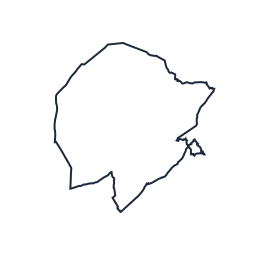 Amanalco, México, Mexico, rotated 216°
{"feature_id": "50627088B28397416808425", "entity_name": "Amanalco", "entity_type": "district", "adm_level": 2, "iso_a3": "MEX", "parent_name": "Mexico", "parent_adm1": "México", "projection": "equal_earth", "projection_center": [-100.016, 19.256], "detail": "fine", "context": "isolated", "style": "outline", "palette": "slate", "viewbox_px": 256, "rotation_deg": 216, "n_neighbors": 0, "source": "geoboundaries", "source_scale": "gbopen_adm2", "svg_char_len": 5370}
<svg xmlns="http://www.w3.org/2000/svg" viewBox="0 0 256 256"><g transform="rotate(216 128 128)"><path d="M189.7,88.1L188.5,86.3L187.5,85.0L186.5,83.7L185.8,83.3L184.3,81.6L183.0,80.0L178.8,73.5L178.0,74.4L174.5,73.0L171.0,71.6L169.5,71.0L166.5,69.7L166.1,69.5L165.2,69.1L160.2,66.8L159.2,66.4L158.4,66.0L156.3,65.1L152.8,63.5L151.8,63.0L150.4,62.3L150.3,62.1L150.2,62.0L150.2,61.8L149.6,61.2L148.7,59.7L147.5,57.8L147.1,57.1L146.8,56.8L145.1,54.2L143.4,51.7L143.2,51.4L141.4,48.7L139.8,46.2L139.0,45.0L137.4,46.9L135.9,49.0L134.4,51.1L133.9,52.0L133.3,52.6L132.5,52.9L131.5,54.4L130.9,55.5L130.8,56.0L130.1,56.7L129.3,57.1L129.2,57.2L128.7,57.9L127.9,58.8L126.8,60.3L126.1,60.8L124.8,62.0L123.9,62.5L123.1,63.6L122.8,64.3L122.5,64.8L121.8,65.4L121.2,66.1L120.8,66.7L120.8,67.1L120.0,69.9L119.5,70.6L118.6,73.5L116.5,77.9L116.4,78.2L116.3,80.4L115.9,82.2L115.4,82.7L115.0,82.2L114.6,81.8L114.3,81.4L114.1,81.2L113.9,81.1L113.6,80.8L113.4,80.6L113.1,80.3L112.9,80.1L112.3,79.7L111.7,79.4L111.4,79.3L111.2,79.3L110.7,79.3L110.3,79.3L110.1,79.3L109.5,79.0L109.4,78.8L109.2,78.4L108.8,78.2L108.6,78.0L108.5,77.7L108.4,77.0L108.2,76.7L107.5,75.9L106.9,75.5L106.2,73.8L105.3,72.4L104.4,71.1L104.2,71.0L103.9,71.1L102.8,70.2L100.0,67.3L98.6,65.9L99.5,62.5L94.5,60.3L94.4,60.4L93.8,60.1L89.9,58.4L89.9,57.9L89.9,57.7L89.7,57.3L89.2,56.7L88.6,56.9L88.2,56.6L87.9,56.3L87.6,56.2L87.0,56.3L86.7,56.3L86.4,56.4L86.3,56.2L86.1,56.2L85.9,56.1L85.7,56.0L85.6,55.8L85.3,55.8L85.0,55.7L84.9,56.2L84.7,56.3L84.4,56.3L80.7,74.4L80.3,76.4L79.9,78.0L79.7,78.9L79.6,79.8L79.6,80.6L79.5,81.2L79.4,82.6L79.3,83.6L79.3,86.0L79.4,88.0L79.5,88.6L79.6,89.1L79.7,89.4L79.9,89.7L79.9,90.1L79.9,90.4L79.9,90.7L79.9,91.0L79.8,91.4L79.9,91.8L80.0,92.7L80.1,94.2L79.1,94.1L78.9,95.3L78.1,95.1L77.5,96.0L75.9,98.8L75.3,100.2L73.1,105.2L72.2,106.4L71.9,107.1L71.8,107.4L71.7,107.7L71.7,107.8L71.1,108.1L69.6,110.5L69.5,111.2L69.5,111.7L69.4,112.3L69.4,112.9L69.5,113.3L69.6,114.3L69.6,114.9L69.4,116.4L69.3,117.8L69.2,119.2L69.2,120.6L69.1,121.7L68.9,122.4L68.8,122.9L68.7,123.7L68.5,124.5L68.3,125.1L67.8,125.9L67.3,127.1L67.0,127.6L66.8,127.8L66.8,128.0L67.0,128.4L67.2,128.8L67.4,129.2L67.3,129.9L67.3,130.1L67.1,130.7L66.3,135.5L66.6,136.9L66.8,138.1L66.8,138.3L66.9,139.1L67.4,140.4L67.5,141.0L67.8,143.2L68.2,144.1L68.6,144.8L68.5,145.9L68.4,147.0L68.3,147.8L68.5,148.1L68.6,148.3L67.8,148.4L66.3,148.0L65.5,148.0L64.5,147.5L63.6,146.4L63.1,145.9L62.5,145.1L61.7,143.8L61.5,143.7L61.4,143.8L59.9,145.5L59.2,145.4L58.8,144.5L58.0,144.6L58.4,145.7L58.1,145.9L57.8,147.0L57.6,147.4L56.6,148.4L55.7,149.1L54.2,150.5L52.9,151.0L52.1,151.1L51.8,151.1L51.5,151.1L51.2,151.2L51.0,151.3L50.6,151.6L51.1,151.9L51.5,151.7L52.0,151.6L52.3,151.7L52.4,151.8L52.7,152.2L52.8,152.3L52.9,152.5L53.6,152.8L54.1,152.8L54.6,152.8L54.6,152.6L54.7,152.4L54.8,152.2L55.0,151.9L55.1,152.1L55.1,152.4L55.2,152.5L55.6,152.7L55.8,153.1L56.1,153.5L56.3,153.7L57.0,154.1L57.3,154.2L57.5,154.5L58.4,154.8L59.0,155.0L59.1,154.9L60.4,154.8L60.7,155.0L61.2,155.1L61.4,155.3L61.7,155.5L61.9,155.8L62.1,156.1L62.1,156.3L62.3,156.3L62.5,156.0L62.5,155.7L62.6,155.4L62.8,155.6L62.8,155.9L62.8,156.0L62.9,156.3L63.0,156.5L63.6,156.7L63.9,156.6L64.3,156.7L64.5,156.9L64.8,157.0L66.7,157.3L66.9,157.1L66.8,157.4L66.9,157.5L67.2,158.0L67.5,157.9L67.5,157.5L67.7,157.0L67.5,156.7L67.4,156.3L67.2,155.7L67.3,155.6L67.7,156.6L67.5,155.0L67.9,153.0L67.5,152.7L67.4,152.5L67.6,152.5L67.8,152.4L68.0,152.3L68.1,152.1L68.0,151.8L68.1,151.0L68.4,150.1L68.4,149.9L68.9,149.9L69.1,149.5L69.5,149.3L70.3,149.2L72.3,150.7L72.9,152.6L73.7,152.5L74.7,153.1L74.5,152.4L74.7,152.2L75.9,152.1L76.3,151.4L76.1,150.9L76.8,150.6L77.4,150.4L78.3,150.0L79.5,149.5L80.3,149.0L80.2,148.6L80.1,148.3L79.9,147.9L79.8,147.5L79.9,147.0L80.9,146.6L81.3,146.5L81.3,147.4L81.3,148.0L81.7,148.7L81.8,149.1L78.2,158.8L77.5,160.8L75.8,165.5L75.4,166.6L74.2,169.9L74.6,171.6L74.7,172.1L75.4,172.6L78.2,176.4L78.2,177.4L79.7,179.0L80.6,183.8L81.2,185.8L81.5,187.9L80.9,191.2L81.0,191.2L80.6,193.3L80.6,195.4L80.9,199.6L80.6,204.3L80.6,204.8L80.9,205.2L80.6,205.8L80.6,206.2L80.6,206.4L80.5,206.6L80.5,207.0L80.3,207.6L80.5,208.4L80.8,209.0L81.2,209.2L81.3,209.4L81.4,210.3L81.7,210.1L81.9,209.7L82.1,209.9L82.5,209.8L82.8,209.8L83.0,209.6L83.3,209.9L83.7,209.3L84.1,209.4L84.7,209.2L85.2,207.9L86.0,208.4L90.0,209.6L90.3,210.2L90.7,210.5L90.8,210.4L91.0,210.8L91.4,211.0L91.7,210.8L91.8,210.4L92.0,210.4L92.3,209.9L93.5,209.3L95.7,208.2L96.0,207.9L98.3,206.1L100.9,204.0L101.5,203.0L101.8,202.1L104.5,200.5L105.8,200.2L107.2,199.7L107.8,199.1L109.0,197.0L110.2,195.9L113.0,196.5L113.9,196.4L114.1,196.1L115.7,195.1L116.1,195.6L115.9,195.8L116.1,196.4L116.8,196.4L117.5,196.1L118.1,195.3L118.6,195.1L121.3,199.1L125.5,198.4L126.4,197.3L127.7,197.4L128.4,197.6L129.7,198.7L132.0,199.3L134.2,200.9L138.0,204.2L146.0,203.1L147.3,203.2L148.3,202.3L149.8,201.5L152.8,200.0L155.2,199.7L157.3,200.4L174.0,195.9L182.1,193.8L193.3,183.7L193.9,179.2L200.7,153.7L203.0,152.5L203.6,145.4L203.4,143.6L204.2,136.1L203.5,127.6L203.4,125.7L203.8,124.5L204.0,123.1L204.3,121.9L204.4,120.7L204.6,119.7L204.7,118.8L204.8,118.0L205.1,116.2L205.2,115.2L205.4,114.3L205.3,113.9L205.3,113.2L205.3,112.8L205.2,112.2L205.0,111.5L203.6,109.5L202.3,107.8L201.5,106.7L197.9,103.5L196.1,101.2L193.8,96.4L193.0,94.7L192.3,92.9L191.9,92.0L189.7,88.1Z" fill="none" stroke="#1e293b" stroke-width="2"/></g></svg>